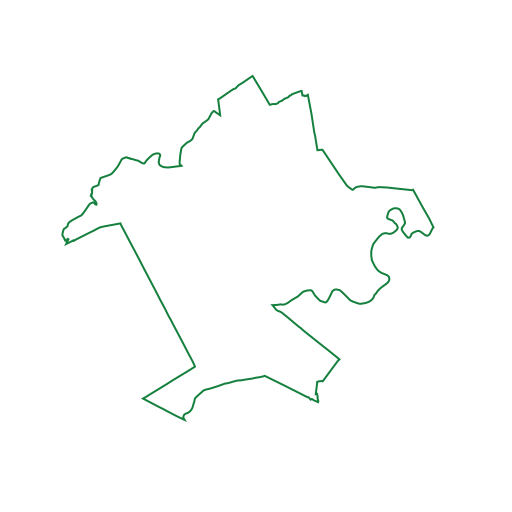 Ciolpani, Ilfov, Romania, rotated 150°
{"feature_id": "2599482B77312801747207", "entity_name": "Ciolpani", "entity_type": "district", "adm_level": 2, "iso_a3": "ROU", "parent_name": "Romania", "parent_adm1": "Ilfov", "projection": "equal_earth", "projection_center": [26.1, 44.727], "detail": "fine", "context": "isolated", "style": "outline", "palette": "green", "viewbox_px": 512, "rotation_deg": 150, "n_neighbors": 0, "source": "geoboundaries", "source_scale": "gbopen_adm2", "svg_char_len": 6074}
<svg xmlns="http://www.w3.org/2000/svg" viewBox="0 0 512 512"><g transform="rotate(150 256 256)"><path d="M194.6,167.7L191.3,163.9L189.8,162.5L185.0,160.6L181.4,159.9L178.9,160.0L176.8,160.4L175.0,161.3L174.2,162.0L172.9,163.0L170.4,163.7L167.8,165.0L163.9,166.0L159.6,166.5L155.8,166.9L153.4,167.9L152.1,169.2L151.3,171.5L151.9,173.6L153.4,175.6L155.7,178.5L157.3,181.6L157.7,183.0L158.1,186.2L158.2,188.2L157.8,194.1L156.2,198.3L154.0,202.2L152.7,203.7L150.1,206.3L148.3,207.8L141.9,210.4L139.3,211.3L135.4,212.0L132.2,211.0L130.6,209.5L129.5,208.5L127.5,207.7L125.3,207.5L121.8,208.1L120.2,208.6L118.9,209.9L118.6,212.3L118.7,213.7L119.3,214.9L119.5,216.1L119.7,217.2L120.0,218.5L121.9,220.7L123.2,222.5L123.3,223.7L121.9,225.4L119.5,227.6L117.7,228.5L115.6,228.6L113.6,228.5L111.7,227.9L110.0,226.7L109.0,225.7L108.2,224.1L108.0,220.6L108.2,218.4L108.8,215.6L110.0,211.1L110.4,210.2L110.8,209.7L112.6,208.7L115.7,207.3L116.6,206.0L116.7,204.0L116.6,203.0L115.8,197.8L115.2,195.8L113.7,195.2L112.2,195.8L110.1,197.4L107.9,197.6L105.2,197.3L103.1,196.7L102.1,195.9L101.3,194.8L99.8,191.2L98.9,189.3L97.7,188.0L96.2,187.7L94.7,188.1L89.2,191.7L88.0,192.0L87.7,196.8L87.3,201.6L87.3,204.9L87.3,214.0L87.1,224.1L87.1,225.6L87.0,226.5L86.9,234.9L88.0,235.0L105.7,247.9L107.8,249.5L109.5,250.6L114.3,253.7L115.4,254.3L117.1,255.0L119.1,255.7L123.9,259.4L127.5,262.1L129.9,263.8L133.4,265.2L135.1,265.5L136.4,265.5L138.7,264.9L139.0,264.9L139.2,265.0L139.5,265.4L141.3,269.1L141.8,270.6L142.1,271.5L143.4,285.9L145.3,314.6L145.4,314.9L149.9,316.9L144.6,330.9L144.1,332.7L143.5,334.5L137.0,351.1L130.5,369.7L130.8,369.7L131.2,369.4L131.6,369.5L132.0,369.4L132.5,369.5L132.6,369.8L133.0,370.1L134.0,370.2L134.1,370.4L134.3,371.1L134.4,371.3L135.3,371.5L135.5,371.8L135.0,373.4L134.7,373.8L134.5,374.6L134.3,375.5L134.0,376.0L134.9,376.5L141.0,377.6L144.3,378.1L145.2,377.7L146.7,378.0L148.5,377.4L149.1,377.4L152.9,377.9L155.7,377.5L158.5,377.9L159.3,377.9L160.5,377.4L162.7,377.6L165.1,379.0L166.2,379.5L168.1,379.9L168.5,380.1L168.6,394.4L168.9,411.9L169.0,413.6L173.8,413.3L181.0,412.7L182.9,412.7L185.8,412.6L187.0,412.3L189.5,411.5L190.2,411.4L191.1,411.6L191.4,411.7L191.7,411.8L194.8,411.7L206.4,410.7L209.5,410.5L210.5,410.6L215.1,399.4L216.7,395.8L218.4,399.4L218.6,399.5L219.1,401.0L219.6,402.2L220.3,402.7L223.1,401.9L228.8,398.3L230.9,397.9L236.0,397.5L237.3,397.0L240.0,395.8L242.2,395.3L244.1,394.4L245.6,393.8L246.7,393.6L247.1,393.4L248.1,392.9L251.2,390.2L252.1,389.5L253.0,389.0L254.5,388.7L256.0,388.5L258.6,388.7L260.9,388.3L265.1,387.3L266.3,386.9L267.1,386.1L268.3,384.8L269.1,383.6L270.1,382.6L270.9,381.6L275.1,375.6L275.7,374.6L276.2,373.4L276.3,373.0L276.3,372.7L276.1,372.4L275.5,372.0L275.4,371.7L275.4,371.3L287.7,376.5L290.1,378.1L291.8,379.4L293.3,381.5L293.7,382.4L294.0,383.6L293.2,386.2L290.0,389.9L289.0,390.6L288.6,391.0L288.5,391.5L288.5,392.5L288.6,392.9L289.1,393.5L290.2,394.2L291.7,394.9L293.8,395.3L295.4,395.3L298.6,394.7L302.1,393.8L304.6,392.8L306.1,392.0L306.5,392.0L307.0,392.3L307.7,392.9L308.4,393.9L310.3,397.3L313.1,400.1L314.1,401.3L314.9,402.0L315.4,402.5L315.6,402.5L315.8,402.6L316.0,403.0L316.3,403.1L316.6,404.1L317.6,404.5L317.8,405.0L318.1,405.2L318.2,405.5L318.5,405.7L318.6,406.1L319.2,406.5L319.7,406.5L322.9,407.0L323.9,406.8L324.5,406.6L325.2,406.1L330.5,402.9L333.8,401.5L337.0,400.3L339.2,399.6L340.6,399.4L341.5,399.4L345.3,400.0L349.6,400.9L351.8,401.2L353.2,400.0L355.9,397.4L356.7,396.3L358.5,396.3L360.9,396.8L362.2,397.0L362.9,397.0L363.6,396.6L364.3,396.1L364.8,395.2L365.1,395.2L365.3,394.7L365.4,394.8L365.7,393.7L366.8,392.2L367.4,391.7L367.8,391.9L368.7,390.9L368.1,390.8L368.5,390.2L368.7,388.9L368.4,386.1L367.8,384.2L367.6,383.2L367.8,382.3L367.8,381.4L368.1,380.8L368.6,380.3L369.3,381.0L369.8,383.4L369.9,383.7L370.6,384.0L373.3,384.3L374.0,384.2L384.3,379.4L386.4,378.7L387.3,378.5L389.4,378.7L396.7,378.9L400.6,378.7L402.0,378.2L403.1,377.5L404.1,376.3L404.7,375.9L407.5,375.5L408.5,375.5L409.7,374.9L412.5,372.0L413.2,371.0L413.3,369.7L413.3,366.8L413.2,365.3L413.5,365.3L413.5,364.8L413.1,364.8L412.8,364.5L412.6,364.4L410.4,364.9L410.1,364.3L411.6,363.3L411.8,363.6L412.3,363.3L412.1,363.0L412.2,362.9L414.4,361.3L406.3,360.8L406.4,360.3L405.0,360.2L404.0,360.3L389.4,359.5L384.1,359.1L380.1,359.0L376.8,358.8L373.1,357.7L357.1,352.0L357.4,349.6L357.5,345.8L357.9,336.5L358.8,312.1L359.4,300.2L360.5,272.6L360.9,266.1L360.9,265.0L361.0,262.3L361.1,258.3L361.2,255.7L361.7,247.9L361.7,243.0L362.0,238.6L362.1,235.1L362.6,221.1L362.9,214.2L363.0,211.9L363.2,208.0L363.6,196.1L364.1,191.0L364.2,190.7L371.4,190.4L390.7,190.0L396.9,189.7L415.4,189.2L421.5,189.0L425.1,189.0L416.5,175.3L412.7,169.6L411.2,167.1L404.8,157.0L399.8,149.8L399.8,150.6L399.8,152.1L399.3,153.1L398.3,154.0L397.3,154.5L396.1,154.6L393.0,154.2L391.6,154.3L390.6,154.6L389.1,155.1L387.8,155.8L386.3,156.9L384.0,159.2L382.0,161.0L380.6,162.7L379.2,163.5L374.9,164.5L371.2,165.2L368.5,165.8L365.2,165.1L363.4,164.5L360.3,163.7L356.0,162.8L354.9,162.5L347.1,161.1L345.5,160.6L344.6,160.1L336.6,158.1L333.5,157.1L332.2,156.4L332.1,156.2L326.5,154.1L320.4,151.7L317.1,150.7L316.1,150.3L313.1,149.1L309.8,148.1L308.4,147.9L296.1,129.5L282.1,108.1L281.1,107.3L280.5,104.3L279.2,104.3L278.5,103.3L278.4,102.7L278.1,102.2L277.1,100.8L276.2,99.7L275.4,98.4L274.7,99.0L274.5,99.5L273.8,102.0L272.6,104.2L272.1,106.2L273.3,106.5L266.5,115.5L266.1,116.3L264.1,116.0L260.9,114.5L260.8,114.2L259.1,114.9L237.9,124.1L235.4,124.8L235.8,125.9L241.4,140.4L245.2,149.8L251.5,165.9L253.0,170.1L253.3,171.4L253.5,171.7L253.7,172.2L254.3,173.4L257.7,182.7L258.9,186.1L262.1,194.4L263.0,195.8L264.8,198.0L265.5,199.7L265.9,203.1L266.3,205.2L262.0,203.0L258.8,201.8L257.7,200.8L255.3,199.7L252.0,199.5L246.8,200.0L240.2,200.0L233.1,201.5L228.8,200.5L225.7,199.0L224.8,197.5L224.7,192.3L223.5,187.5L222.8,185.1L220.6,182.7L219.6,181.4L218.6,180.9L217.1,181.2L214.9,182.3L212.1,184.1L207.5,187.3L205.2,187.6L203.3,187.0L200.6,184.6L199.4,181.4L197.5,174.3L196.6,170.7L195.1,168.4L194.6,167.7Z" fill="none" stroke="#15803d" stroke-width="2"/></g></svg>